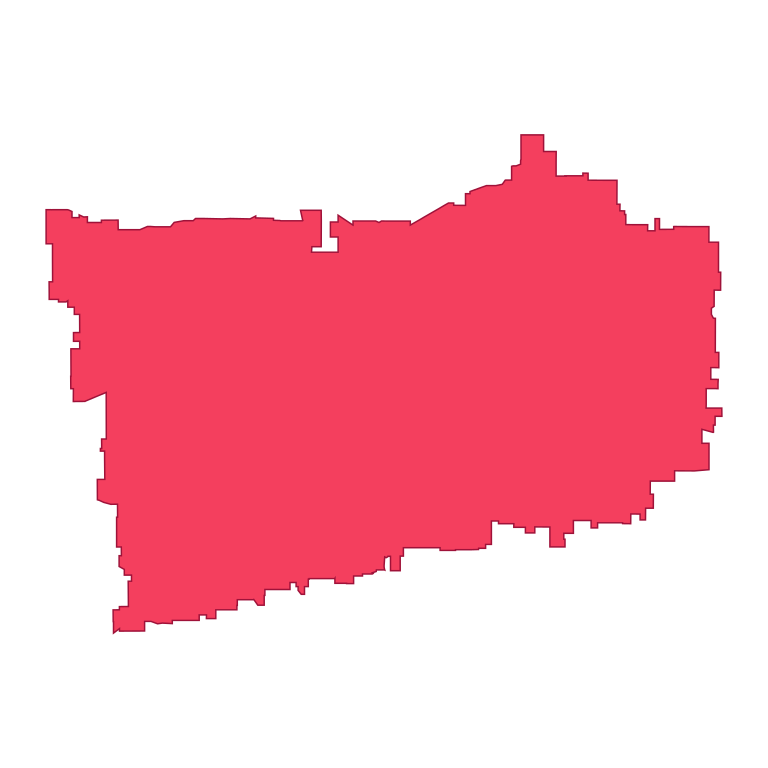 the district of Narrogin, Western Australia, Australia
{"feature_id": "25037944B27145137337674", "entity_name": "Narrogin", "entity_type": "district", "adm_level": 2, "iso_a3": "AUS", "parent_name": "Australia", "parent_adm1": "Western Australia", "projection": "albers", "projection_center": [117.255, -32.997], "detail": "fine", "context": "isolated", "style": "filled", "palette": "rose", "viewbox_px": 768, "rotation_deg": 0, "n_neighbors": 0, "source": "geoboundaries", "source_scale": "gbopen_adm2", "svg_char_len": 4939}
<svg xmlns="http://www.w3.org/2000/svg" viewBox="0 0 768 768"><path d="M46.1,209.7L46.1,214.8L46.1,233.8L46.1,243.8L52.5,243.8L52.5,253.9L52.5,257.9L52.6,281.8L49.1,281.8L49.2,293.5L49.2,296.5L49.2,299.4L58.5,299.4L58.5,301.9L66.1,301.9L67.8,300.7L67.8,307.2L74.3,307.2L74.3,314.4L79.6,314.4L79.7,332.5L73.5,332.6L73.5,341.3L79.7,341.3L79.7,348.8L70.9,348.8L71.0,376.3L70.7,376.3L70.8,388.7L73.4,388.7L73.3,401.5L85.0,401.4L85.2,401.2L95.9,396.7L106.2,392.4L106.3,439.0L101.6,439.0L101.7,448.5L100.4,448.5L100.4,451.1L104.6,451.1L104.6,458.1L104.8,479.4L97.3,479.4L97.4,499.8L99.2,500.3L103.8,502.4L110.8,504.3L117.5,504.2L117.6,517.2L116.6,517.2L116.6,528.2L116.6,547.0L121.3,547.0L121.4,555.7L119.1,555.7L119.1,566.5L124.3,569.4L124.3,575.1L131.5,575.1L131.5,581.2L128.2,581.2L128.4,606.5L119.4,606.6L119.4,609.8L113.1,609.9L113.2,621.6L113.5,621.6L113.5,633.1L119.5,628.6L119.5,631.1L144.6,631.0L144.6,630.8L144.6,621.4L148.0,621.4L151.0,621.4L157.6,623.8L162.3,623.1L172.3,623.6L172.3,620.4L177.1,620.4L189.2,620.4L191.1,620.4L199.2,620.4L199.2,615.2L199.2,614.9L199.5,614.9L206.5,614.9L206.4,618.6L215.8,618.6L215.8,618.4L215.8,614.1L215.8,613.9L215.8,609.8L236.9,609.8L236.9,605.4L237.3,605.4L237.3,599.7L253.6,599.7L253.8,599.5L257.8,605.2L264.2,605.2L264.2,595.4L264.9,595.4L264.9,589.5L280.7,589.5L290.0,589.5L290.0,582.5L295.0,582.5L296.1,582.5L296.1,586.6L298.1,586.6L298.1,590.4L301.2,594.3L304.5,594.3L304.5,586.6L308.3,586.6L308.3,579.2L309.1,579.2L309.1,578.6L334.7,578.6L334.9,578.3L334.9,583.3L346.6,583.3L346.6,583.6L353.6,583.6L353.6,576.0L362.5,576.0L362.5,574.0L362.9,574.0L369.2,574.0L372.2,574.0L373.1,573.5L372.3,572.8L376.2,571.5L376.4,569.9L383.7,569.9L384.0,569.8L384.8,570.1L384.5,569.0L384.2,567.8L384.1,566.6L384.1,565.6L384.7,556.9L384.9,557.0L386.1,557.7L387.6,556.9L387.9,556.3L390.5,556.3L390.5,570.7L400.2,570.7L400.2,556.1L403.4,556.1L403.4,547.7L426.8,547.7L440.1,547.7L440.1,550.4L455.5,550.4L455.5,549.7L471.4,549.7L478.5,549.5L478.6,548.3L485.6,548.3L485.6,544.4L491.4,544.4L491.4,533.0L491.4,521.0L498.5,521.0L498.5,523.7L513.8,523.7L513.8,527.3L525.4,527.3L525.4,532.9L534.8,532.9L534.8,526.9L549.9,527.0L549.9,544.7L549.9,546.9L565.0,546.9L565.0,546.1L565.0,539.2L563.8,539.2L563.8,533.3L573.4,533.3L573.4,520.5L590.9,520.5L591.1,520.5L591.1,527.9L597.6,527.9L597.6,522.8L622.6,522.8L622.6,523.6L630.7,523.7L630.8,514.0L635.4,514.0L640.1,514.1L640.1,519.9L640.3,519.9L645.5,519.9L645.6,508.2L653.3,508.2L653.4,494.2L650.2,494.2L650.3,481.1L674.6,481.1L674.6,470.8L694.5,470.9L709.0,469.7L709.0,463.5L709.0,443.3L701.9,443.3L701.9,429.3L713.1,432.4L713.5,432.2L713.4,425.1L715.1,425.1L715.1,416.3L721.9,416.3L721.8,409.3L721.8,408.1L706.1,408.1L706.2,404.4L706.2,401.2L706.2,398.0L706.2,391.3L706.2,388.6L715.5,388.6L718.0,388.7L718.0,383.8L718.2,379.4L710.8,379.3L710.8,367.6L714.6,367.6L718.8,367.7L718.8,352.4L715.3,352.4L715.4,318.3L713.4,318.2L712.7,316.9L711.4,314.4L711.4,308.2L713.3,306.9L713.7,306.6L714.1,306.4L714.2,290.1L720.6,290.2L720.7,272.2L718.5,272.2L718.5,258.1L718.5,257.9L718.5,242.2L708.9,242.2L708.9,226.6L690.3,226.6L674.0,226.5L673.9,226.6L673.7,226.6L673.7,229.3L659.5,229.4L659.5,218.6L655.0,218.6L655.0,230.8L647.6,230.8L647.7,224.7L642.3,224.7L633.3,224.7L625.8,224.6L625.8,214.5L624.6,214.5L624.6,210.9L619.9,210.8L620.0,204.2L616.9,204.2L617.0,180.3L605.5,180.3L588.3,180.2L588.1,180.2L588.1,173.2L582.9,173.1L582.9,175.8L578.2,175.8L568.9,175.8L565.4,175.8L565.6,176.1L556.1,176.1L556.1,162.0L556.2,151.5L543.6,151.5L543.6,151.2L543.6,134.9L535.2,134.9L521.0,134.9L521.0,141.5L521.0,144.6L521.0,151.4L521.0,157.4L521.0,159.6L520.8,159.8L520.6,160.8L520.6,164.2L516.1,165.9L513.0,165.9L511.6,166.3L511.6,180.1L505.6,180.1L505.2,180.2L502.3,184.3L495.9,185.6L494.1,185.6L487.5,185.6L486.4,185.6L485.4,186.0L482.2,187.1L470.0,191.5L470.0,193.7L465.5,193.7L465.5,205.4L453.7,205.3L453.7,203.0L448.5,203.0L444.3,205.4L438.9,208.6L424.3,217.0L420.8,219.1L410.3,225.1L410.3,224.9L410.3,221.1L398.9,221.1L387.4,221.1L381.5,221.0L379.0,222.5L375.6,221.0L353.0,221.0L353.0,225.1L352.8,225.0L338.1,215.2L338.1,222.0L330.4,222.0L330.4,237.0L338.1,237.0L338.1,252.2L334.3,252.2L311.5,252.2L311.9,246.7L321.2,246.7L321.3,222.0L321.3,220.4L321.2,210.3L300.5,210.3L302.6,219.9L303.0,221.1L302.7,220.8L294.6,220.8L290.6,220.8L290.2,220.8L289.9,220.8L281.0,220.8L279.8,220.5L279.7,220.5L273.5,220.3L273.5,218.4L255.7,217.9L255.7,216.0L250.8,218.5L250.2,218.8L249.9,218.9L230.3,218.5L226.5,218.7L222.8,218.9L222.7,218.9L213.4,218.7L204.1,218.5L195.6,218.5L195.4,218.6L193.2,220.7L183.8,220.7L174.2,222.4L170.5,226.8L162.7,226.8L154.9,226.8L150.7,226.5L147.4,226.5L139.9,229.7L130.0,229.7L118.4,229.7L118.2,229.7L118.1,220.1L101.4,220.2L101.4,222.5L87.4,222.5L87.4,216.8L83.7,217.0L79.4,215.0L79.2,214.9L79.2,217.6L72.0,217.6L72.0,211.5L70.0,210.6L68.7,210.0L67.4,209.7L65.0,209.7L52.4,209.7L51.6,209.8L51.2,209.7L46.1,209.7Z" fill="#f43f5e" stroke="#9f1239" stroke-width="1.5"/></svg>